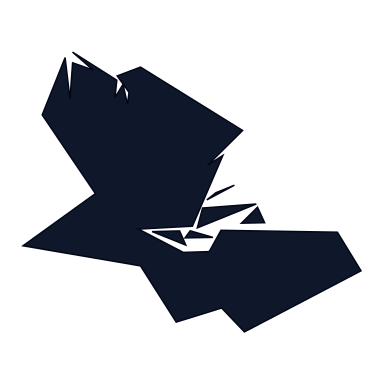 Delta Amacuro, orthographic projection
{"feature_id": "VEN-65", "entity_name": "Delta Amacuro", "entity_type": "State", "adm_level": 1, "iso_a3": "VEN", "parent_name": "Venezuela", "parent_adm1": "", "projection": "orthographic", "projection_center": [-61.33, 8.902], "detail": "coarse", "context": "isolated", "style": "filled", "palette": "ink", "viewbox_px": 384, "rotation_deg": 0, "n_neighbors": 0, "source": "natural_earth", "source_scale": "10m", "svg_char_len": 718}
<svg xmlns="http://www.w3.org/2000/svg" viewBox="0 0 384 384"><path d="M337.4,232.2L361.0,270.8L244.4,331.9L221.6,308.0L176.2,322.1L140.5,265.9L23.0,245.8L95.4,193.6L42.2,114.9L65.1,57.6L70.0,99.2L72.6,62.8L93.0,70.0L72.5,52.1L116.8,80.2L115.0,97.6L123.0,84.3L127.5,104.4L129.0,92.3L117.2,75.9L140.5,67.1L242.6,130.5L207.5,165.3L222.9,155.4L192.4,226.2L138.5,229.1L183.3,252.4L209.2,251.6L221.0,230.3L337.4,232.2ZM202.6,208.0L256.3,204.0L197.3,227.9L202.6,208.0ZM190.2,230.8L212.9,237.4L185.0,237.9L190.2,230.8ZM215.9,192.7L234.4,185.2L206.8,199.9L215.9,192.7ZM152.1,231.6L179.6,230.9L185.8,245.1L152.1,231.6ZM241.4,223.2L257.5,207.2L264.6,222.7L241.4,223.2Z" fill="#0f172a" stroke="#020617" stroke-width="1.5"/></svg>